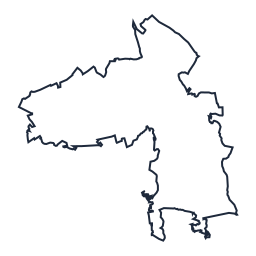 Suplac, Mures, Romania
{"feature_id": "2599482B50332129802710", "entity_name": "Suplac", "entity_type": "district", "adm_level": 2, "iso_a3": "ROU", "parent_name": "Romania", "parent_adm1": "Mures", "projection": "orthographic", "projection_center": [24.521, 46.387], "detail": "fine", "context": "isolated", "style": "outline", "palette": "slate", "viewbox_px": 256, "rotation_deg": 0, "n_neighbors": 0, "source": "geoboundaries", "source_scale": "gbopen_adm2", "svg_char_len": 5886}
<svg xmlns="http://www.w3.org/2000/svg" viewBox="0 0 256 256"><path d="M237.1,214.7L236.8,214.2L235.8,213.9L236.7,210.5L234.3,204.7L229.6,199.7L228.2,195.9L227.5,195.0L227.4,193.7L227.8,191.9L227.2,190.1L227.8,186.4L227.2,176.7L226.6,174.8L223.9,171.3L223.3,168.7L222.2,166.1L222.0,161.9L223.3,158.8L226.1,158.6L228.4,157.0L228.8,155.5L230.5,153.2L232.6,147.4L224.7,145.8L222.5,143.4L221.3,140.0L221.6,138.3L219.7,135.6L220.1,133.9L219.0,132.6L220.6,126.8L219.2,123.7L217.2,121.9L214.5,120.8L213.7,120.9L212.5,123.2L211.3,123.2L211.0,122.2L209.9,122.0L209.2,120.3L209.1,116.9L208.8,116.2L209.7,116.4L211.0,118.1L211.1,117.9L211.3,116.5L210.1,114.4L210.6,113.6L211.9,114.0L215.5,113.7L219.5,115.4L222.4,115.5L222.7,114.9L222.5,107.3L218.9,107.4L217.8,104.0L217.5,103.4L216.9,103.3L214.9,93.0L211.8,93.4L209.1,92.5L200.9,92.4L199.0,93.4L197.5,96.0L196.2,96.7L195.5,96.6L194.6,96.0L194.8,94.2L194.4,93.9L192.3,94.6L192.2,93.7L191.6,93.4L188.2,94.1L188.6,92.0L190.5,89.2L189.4,88.2L186.9,91.1L185.8,88.4L184.1,85.5L183.0,84.5L181.2,81.4L179.8,79.9L178.6,75.9L178.7,74.2L181.8,72.4L183.7,72.6L184.9,72.3L187.9,73.9L189.3,70.9L194.0,63.9L195.9,60.4L196.5,58.2L198.8,56.3L197.8,55.9L196.7,54.7L196.8,54.2L196.2,53.2L196.3,52.8L195.0,52.1L194.4,51.4L188.2,42.5L184.1,39.0L178.9,34.0L175.1,32.3L173.3,30.5L169.5,27.7L159.0,21.9L152.1,15.4L147.5,19.5L145.6,19.0L144.6,19.9L143.4,22.1L140.5,24.1L141.1,26.2L145.4,29.9L145.4,30.5L143.2,33.5L142.1,33.4L136.8,29.1L133.3,21.8L132.9,25.3L133.0,26.7L135.1,30.0L135.3,34.1L137.9,42.1L139.3,47.3L139.8,48.3L139.9,51.3L140.5,53.5L141.8,56.4L141.9,56.9L141.5,57.4L139.2,58.0L139.0,58.5L136.4,59.3L133.7,59.4L130.4,58.7L129.6,59.2L129.2,58.9L125.2,58.7L119.1,59.6L118.6,58.7L117.8,58.4L115.9,58.7L115.6,59.6L115.3,58.8L114.9,58.9L114.9,60.0L114.3,58.9L114.4,60.2L114.2,61.2L109.9,61.2L109.4,63.2L106.1,68.7L105.9,69.8L106.2,72.1L105.3,75.0L104.7,76.1L103.4,77.0L100.6,74.6L96.9,72.6L96.3,71.6L94.8,67.6L93.5,66.6L87.7,71.2L82.8,74.3L82.6,73.2L80.7,70.5L77.4,67.8L72.4,74.3L72.5,75.1L66.7,79.8L60.2,82.6L60.4,87.0L58.1,87.6L57.9,85.8L56.5,83.2L51.0,85.8L50.5,84.9L40.2,89.8L34.7,91.8L32.7,91.9L31.5,91.4L30.4,92.4L30.1,93.3L30.2,93.7L30.0,94.9L29.5,95.3L29.4,96.0L25.0,98.9L24.0,98.4L22.3,99.2L21.4,101.8L18.9,107.0L31.7,113.5L32.1,112.5L32.1,113.7L31.7,113.9L31.9,114.4L27.8,115.6L29.5,119.3L31.9,121.9L34.6,126.2L32.1,127.0L29.9,124.6L28.5,126.3L28.6,127.5L29.4,128.9L28.8,130.0L29.5,131.0L28.9,130.8L28.6,129.6L27.4,130.8L27.6,131.4L27.0,132.2L27.7,133.5L27.4,135.0L27.9,139.7L28.4,142.2L34.1,138.2L34.6,139.5L39.9,136.0L41.0,137.7L40.3,138.6L41.3,139.1L42.1,142.0L43.2,143.2L44.4,143.8L46.3,144.0L50.2,142.6L53.3,143.0L54.0,143.7L54.2,145.0L55.9,145.9L57.1,145.5L57.6,144.5L62.2,140.9L66.5,142.9L67.2,145.7L63.3,146.4L63.4,146.9L64.4,147.3L66.7,146.9L69.6,148.5L72.7,149.3L73.4,148.7L75.1,149.7L76.3,147.9L73.4,146.2L82.1,146.1L98.1,145.2L100.1,145.5L100.9,146.1L101.2,145.7L102.0,144.8L100.3,142.6L98.8,143.8L97.0,142.0L98.3,140.5L97.5,139.7L111.7,136.6L114.8,135.4L116.4,142.0L116.9,142.8L120.6,141.2L121.7,141.0L121.8,138.8L122.2,138.5L124.4,138.3L126.9,147.1L132.0,144.8L133.4,140.7L136.8,139.4L137.8,137.2L138.1,135.8L139.5,135.3L140.8,133.5L142.1,133.2L143.0,132.0L143.9,131.7L144.7,130.6L146.3,129.4L146.5,126.6L147.3,126.3L149.3,129.0L149.9,131.4L149.6,128.8L151.0,128.4L152.4,128.8L152.9,129.3L153.4,130.6L153.0,131.4L153.0,133.3L153.6,133.9L155.6,138.7L155.4,139.8L155.0,140.0L154.2,137.7L154.0,137.4L153.7,137.7L153.8,139.3L154.5,141.8L154.0,149.8L154.7,150.5L156.9,149.1L158.0,149.1L159.2,150.9L157.7,155.8L157.8,156.7L157.5,157.9L156.9,158.9L154.3,160.8L150.5,161.7L149.4,169.8L152.4,171.5L156.4,174.8L156.8,176.1L156.3,181.4L157.2,183.1L157.9,185.6L157.9,190.1L156.6,192.6L153.4,196.2L152.5,197.9L151.6,196.5L150.4,196.5L150.8,196.0L146.9,197.1L146.4,196.9L146.2,196.5L146.7,195.6L148.3,194.9L148.1,194.3L146.6,194.1L144.3,195.4L144.5,194.1L144.1,194.1L143.5,195.1L142.8,192.8L144.1,191.6L144.2,191.3L143.8,190.7L143.9,191.4L142.0,192.7L142.6,194.1L142.6,195.0L143.2,195.7L144.0,196.2L145.9,196.6L147.2,198.5L147.6,198.5L147.5,198.1L149.3,197.5L151.1,198.1L150.7,198.8L149.3,199.4L147.4,199.4L148.6,201.0L149.6,201.6L149.2,202.4L152.4,202.2L152.9,203.5L152.4,204.2L150.1,205.2L150.1,206.1L150.8,206.2L151.1,206.8L151.0,208.0L149.4,208.0L148.9,209.7L149.0,210.3L150.1,210.7L151.2,210.4L152.8,210.9L152.9,211.5L148.1,212.5L148.8,215.2L149.8,223.3L152.0,223.3L152.0,224.8L151.3,224.4L151.2,225.0L151.7,226.0L151.8,230.1L152.7,230.9L152.9,232.4L152.3,232.5L151.7,234.0L151.8,235.1L152.8,235.0L159.0,238.9L163.2,240.6L164.6,238.4L164.8,237.6L164.6,235.7L163.3,233.2L163.3,230.5L162.6,229.1L160.6,228.0L161.8,227.2L162.8,225.9L163.5,221.6L163.2,220.5L162.1,218.7L160.7,217.2L161.1,212.7L159.5,209.9L163.9,208.1L173.7,208.5L174.4,208.2L176.4,209.1L177.4,208.9L178.3,209.7L180.4,209.5L181.2,209.9L182.8,209.9L184.7,210.9L190.0,211.8L192.6,212.6L192.7,213.4L193.1,212.5L193.1,213.4L193.3,212.9L193.8,212.8L193.9,213.5L196.1,215.4L195.8,217.4L193.2,219.0L198.6,220.8L198.4,221.3L199.6,222.5L199.6,223.6L198.5,224.4L197.3,224.0L195.9,225.4L195.2,224.9L192.2,224.8L192.4,224.0L191.0,224.4L192.0,224.9L191.9,225.9L192.3,226.4L192.1,226.7L192.1,228.3L192.9,227.9L193.2,228.5L192.4,229.0L192.5,229.5L193.1,229.2L193.4,230.3L193.6,230.0L194.0,230.5L193.7,231.0L194.3,231.1L194.2,231.2L194.7,231.8L195.8,230.8L196.3,231.0L198.3,230.4L200.6,230.9L200.6,230.2L201.5,230.5L201.3,231.5L200.9,231.9L201.5,231.9L201.6,232.7L205.8,234.1L206.1,233.1L205.7,232.9L205.8,232.1L206.6,232.4L207.7,233.4L207.9,234.8L205.6,235.6L205.0,236.8L205.7,238.1L206.1,237.4L206.0,236.7L207.0,237.3L209.4,237.2L209.8,234.9L207.9,231.9L206.2,230.8L205.0,228.5L206.6,226.9L206.7,225.1L206.1,223.8L206.7,220.1L206.2,219.7L205.9,218.9L205.2,219.3L204.1,218.6L203.4,219.1L203.3,218.2L228.9,212.9L234.6,213.6L236.5,214.8L237.1,214.7Z" fill="none" stroke="#1e293b" stroke-width="2"/></svg>